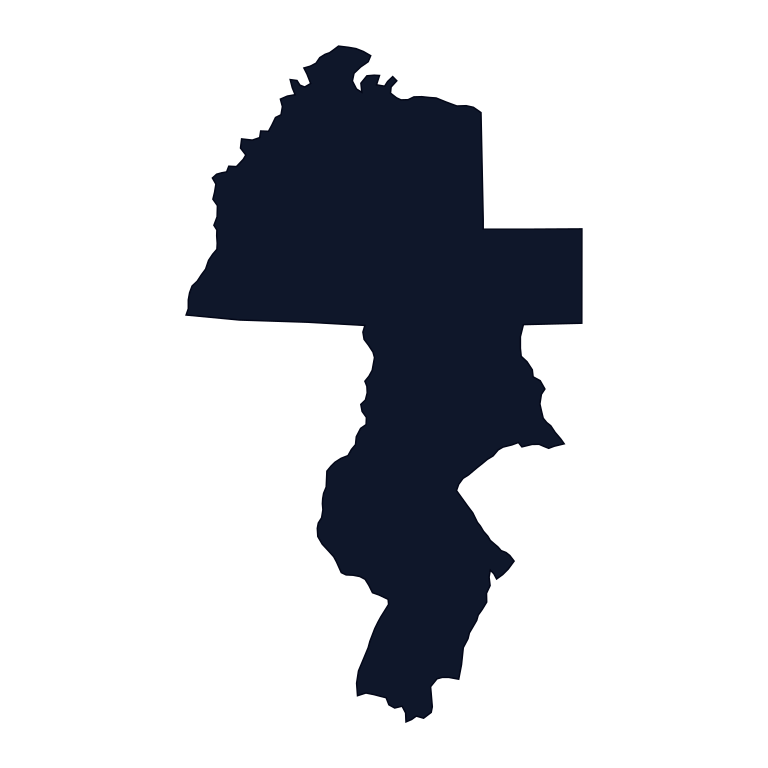 the district of Cambé, Paraná, Brazil
{"feature_id": "56859067B22186488449217", "entity_name": "Cambé", "entity_type": "district", "adm_level": 2, "iso_a3": "BRA", "parent_name": "Brazil", "parent_adm1": "Paraná", "projection": "mercator", "projection_center": [-51.292, -23.206], "detail": "fine", "context": "isolated", "style": "filled", "palette": "ink", "viewbox_px": 768, "rotation_deg": 0, "n_neighbors": 0, "source": "geoboundaries", "source_scale": "gbopen_adm2", "svg_char_len": 2965}
<svg xmlns="http://www.w3.org/2000/svg" viewBox="0 0 768 768"><path d="M338.5,46.1L333.5,49.9L329.6,52.7L325.1,54.3L319.8,57.6L316.0,63.2L310.2,66.2L303.9,68.0L307.0,74.1L310.7,83.5L304.7,87.0L299.9,85.1L297.0,80.5L290.2,79.6L292.3,87.8L295.1,94.7L287.3,96.1L280.4,99.1L282.4,106.6L281.0,114.8L275.5,117.5L271.8,125.2L268.5,131.3L260.7,131.0L259.7,137.6L252.3,140.1L241.6,138.9L240.5,148.1L245.8,155.0L243.2,159.4L236.4,166.6L228.8,166.2L226.6,171.9L221.7,172.8L216.6,174.2L212.4,178.0L215.9,184.1L214.6,192.1L212.9,199.2L217.4,205.6L217.1,216.8L213.9,225.3L216.9,230.0L216.7,235.8L217.2,243.2L216.9,249.3L212.7,254.2L208.6,260.3L205.6,269.1L201.4,274.8L197.2,281.2L192.1,286.0L189.6,292.7L188.3,299.9L188.3,308.7L186.1,315.0L239.4,320.0L307.5,322.2L364.9,325.4L362.9,332.1L364.1,339.4L368.5,345.2L373.0,352.1L374.5,357.6L372.2,370.3L368.9,376.3L364.9,381.2L366.9,386.3L367.2,392.9L365.4,400.0L360.8,404.4L362.1,411.4L366.4,417.4L366.1,424.6L360.6,428.4L356.3,436.7L355.5,444.6L351.4,449.5L348.0,455.6L341.1,458.3L335.0,462.2L331.2,465.9L326.9,471.1L326.2,487.0L323.6,493.3L322.7,498.6L322.4,503.8L322.9,509.8L321.6,517.8L318.3,523.0L317.3,528.3L317.8,536.5L322.2,544.1L328.5,550.9L333.7,556.7L336.5,561.9L341.3,572.6L346.1,574.9L353.0,575.2L359.8,576.5L365.1,579.3L368.9,585.4L372.5,592.7L378.8,594.9L388.1,599.3L388.6,604.4L380.8,616.9L378.0,622.0L374.8,628.5L369.9,641.3L368.2,647.6L364.1,657.5L358.5,670.9L356.6,683.2L357.5,695.7L365.9,693.0L374.0,694.6L380.8,696.4L386.1,697.7L388.9,704.8L394.7,708.0L402.1,706.2L405.6,712.9L406.0,721.9L411.6,719.5L416.3,716.1L423.6,718.2L431.2,712.4L432.3,706.8L430.6,686.7L437.0,678.8L442.2,677.4L448.9,677.4L458.7,679.2L461.5,664.7L463.3,647.6L468.0,638.7L469.4,632.9L473.1,626.6L476.7,620.4L478.2,615.1L482.2,609.5L486.7,602.1L486.5,593.3L490.1,585.6L489.1,577.1L490.3,570.1L493.8,573.7L496.6,579.0L502.7,574.6L508.2,569.1L514.1,561.1L509.8,555.5L506.0,552.5L501.1,550.6L498.0,547.0L494.1,543.7L490.3,540.4L487.8,536.2L483.5,531.3L480.4,526.1L477.4,522.3L472.8,512.9L467.6,506.0L456.5,490.6L458.7,484.3L463.0,478.4L468.5,474.9L476.7,468.0L482.5,463.4L487.3,459.4L493.1,455.9L498.2,449.9L503.0,447.1L511.9,444.9L518.4,442.5L521.9,446.9L532.1,444.4L539.1,444.3L543.7,446.3L548.7,448.3L554.3,446.2L564.2,443.8L560.8,439.0L555.1,432.3L550.8,425.8L546.7,422.5L543.2,418.2L541.4,410.7L539.9,403.9L541.4,394.3L544.9,389.0L540.2,380.7L533.1,376.8L532.3,369.8L527.0,361.7L521.2,356.3L520.4,348.3L520.4,336.7L523.4,324.6L581.8,323.2L581.9,228.9L531.5,229.2L483.2,229.2L483.2,219.6L481.0,112.6L473.4,107.3L466.2,105.7L456.9,106.0L450.9,103.8L445.8,101.9L436.2,98.0L429.4,97.5L421.8,96.7L413.9,96.9L408.1,99.7L401.0,99.9L396.5,97.8L390.5,93.1L391.1,87.0L396.8,80.8L392.7,76.6L387.6,81.5L384.6,86.2L376.5,84.8L379.5,75.5L374.2,75.2L366.9,75.8L360.9,83.2L361.8,92.3L356.5,89.0L352.4,81.0L354.0,73.3L360.6,67.0L368.2,61.7L370.7,55.7L363.4,51.5L356.0,48.6L348.4,47.3L338.5,46.1Z" fill="#0f172a" stroke="#020617" stroke-width="1.5"/></svg>